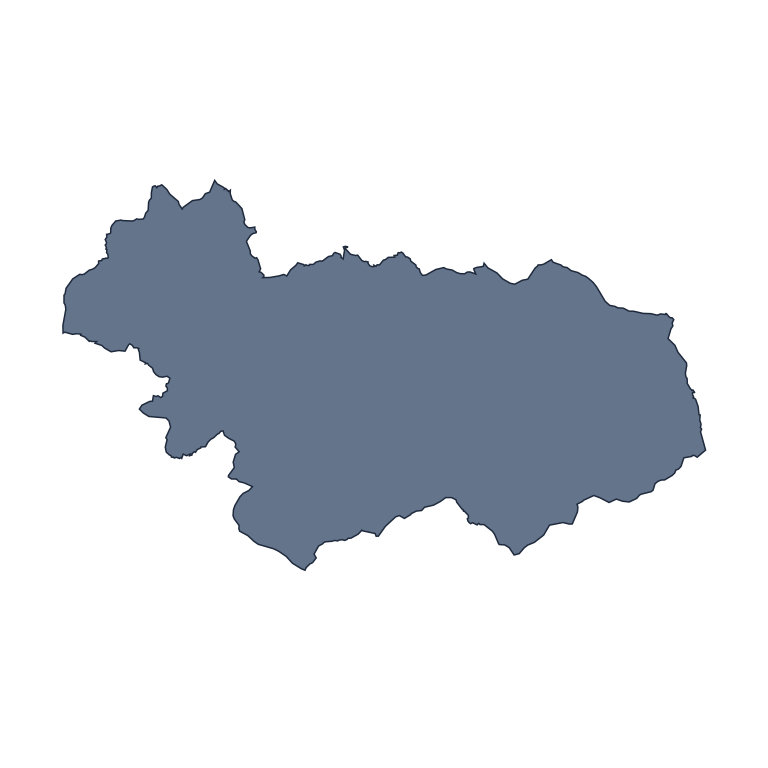 outline of Batani, Covasna, Romania, rotated 94°
{"feature_id": "2599482B35119145322325", "entity_name": "Batani", "entity_type": "district", "adm_level": 2, "iso_a3": "ROU", "parent_name": "Romania", "parent_adm1": "Covasna", "projection": "orthographic", "projection_center": [25.726, 46.103], "detail": "fine", "context": "isolated", "style": "filled", "palette": "slate", "viewbox_px": 768, "rotation_deg": 94, "n_neighbors": 0, "source": "geoboundaries", "source_scale": "gbopen_adm2", "svg_char_len": 6129}
<svg xmlns="http://www.w3.org/2000/svg" viewBox="0 0 768 768"><g transform="rotate(94 384 384)"><path d="M362.0,681.0L361.5,680.5L362.0,678.4L361.7,673.7L363.5,675.1L365.2,668.2L367.6,665.3L370.9,658.5L369.1,651.1L369.3,644.6L362.8,641.6L361.7,640.5L361.9,639.8L363.1,637.6L365.3,636.2L365.1,633.0L365.6,631.1L366.3,631.6L369.6,630.2L377.2,628.9L379.4,623.4L380.6,623.6L379.9,621.4L381.7,620.0L384.4,616.0L387.8,614.7L390.5,612.2L392.4,608.8L392.6,605.4L391.4,601.0L393.1,598.0L397.7,599.0L398.7,599.8L398.9,601.0L400.1,601.3L401.7,601.3L402.7,600.0L405.8,599.6L408.6,603.9L411.7,604.0L413.1,605.7L411.5,608.7L412.4,610.4L411.7,613.2L417.3,613.8L417.7,616.5L422.0,624.0L426.1,626.3L429.7,622.1L432.8,616.3L433.1,599.1L435.9,595.9L441.9,593.9L452.8,597.9L454.5,596.5L462.3,597.8L467.2,596.4L469.7,593.2L470.3,591.5L471.8,590.9L471.7,588.7L472.5,588.1L471.6,585.9L472.6,582.8L471.5,581.5L472.3,580.6L468.0,579.4L469.3,576.0L467.5,572.5L469.1,572.9L468.2,570.6L466.8,570.5L465.1,568.9L464.8,568.2L465.3,567.3L462.4,565.7L460.6,562.4L459.6,562.2L459.0,557.7L454.1,555.4L451.2,552.9L449.5,550.2L445.2,546.3L445.0,545.3L442.6,543.6L442.0,541.3L446.3,539.5L449.0,535.2L451.5,529.3L454.3,527.6L457.3,528.1L461.7,523.8L464.6,527.2L472.5,529.0L477.8,527.5L486.0,532.7L487.5,532.8L489.4,529.5L489.1,524.6L491.5,521.8L492.4,516.5L495.5,508.1L499.6,511.3L502.9,516.8L506.5,519.8L515.7,524.3L520.0,525.4L525.9,525.4L529.1,523.9L535.2,518.7L538.5,518.7L540.9,517.7L544.7,509.3L549.9,502.9L552.7,498.2L556.1,482.5L558.2,477.4L562.8,469.5L569.2,462.8L574.1,453.5L575.3,449.8L572.5,448.8L568.7,445.4L567.2,442.8L562.2,439.5L558.6,441.9L550.1,437.9L547.9,434.3L546.3,432.9L545.5,431.5L544.6,425.3L543.5,422.2L543.8,419.4L542.7,417.5L542.3,414.6L542.8,412.3L541.6,409.9L540.6,409.3L540.0,406.1L535.5,399.2L531.4,395.9L531.9,395.5L533.8,382.4L536.4,381.2L536.2,379.0L525.9,372.7L515.6,363.0L514.2,359.4L516.7,354.3L512.4,348.2L511.4,347.8L508.5,342.8L507.6,337.7L504.1,334.9L501.4,326.1L497.3,319.6L493.0,314.5L492.6,308.7L494.4,304.2L497.0,303.1L503.8,297.0L504.0,296.1L505.3,295.8L505.2,295.0L509.2,290.7L511.6,290.5L512.6,291.5L514.7,290.8L516.3,289.4L517.3,287.8L516.2,285.9L518.1,281.3L516.4,279.9L517.5,278.4L517.3,274.3L523.3,265.6L526.2,263.2L535.6,258.4L536.1,257.7L536.1,252.4L538.5,247.7L545.5,242.3L543.8,237.3L537.5,232.6L534.6,229.3L531.5,223.0L523.6,214.2L513.3,209.1L509.7,195.8L510.8,189.4L510.5,186.4L498.1,182.1L493.1,182.0L490.5,183.1L487.4,178.0L485.9,176.6L480.6,166.9L482.4,160.7L486.5,151.2L482.6,144.2L484.3,138.0L484.6,131.2L480.5,123.9L477.1,121.5L476.0,119.8L472.8,110.0L471.2,108.2L464.6,106.7L462.0,103.9L460.5,100.8L460.1,97.3L455.0,90.0L452.4,87.7L449.6,86.9L448.3,84.3L445.6,82.0L436.7,79.7L434.8,72.0L433.7,71.2L433.7,69.2L435.2,66.5L427.5,58.6L409.6,64.9L406.8,64.0L405.4,65.3L402.0,64.9L397.9,66.5L392.9,66.4L392.6,67.6L384.5,69.1L377.7,72.0L376.5,73.3L376.6,74.6L374.6,74.4L373.4,75.5L371.0,75.6L371.0,74.0L370.6,73.6L368.4,75.4L368.9,76.4L367.0,78.3L362.3,81.5L357.4,82.0L355.7,83.4L352.2,84.1L344.5,83.3L341.8,83.8L331.8,93.0L325.1,96.5L318.9,103.8L309.0,101.6L305.9,99.9L303.0,100.8L299.6,99.4L297.9,101.1L298.0,102.8L296.9,104.5L294.1,107.2L294.1,107.8L295.0,108.0L294.8,113.0L296.3,116.2L295.2,122.6L295.5,130.4L294.0,140.1L294.2,144.7L291.7,150.4L291.7,156.1L290.5,158.9L289.8,164.4L286.0,169.2L272.4,178.6L268.2,182.4L264.8,186.8L262.7,190.0L261.5,194.0L259.3,198.2L257.9,205.2L255.1,209.4L254.6,213.6L253.0,215.7L250.8,223.7L248.3,225.7L253.2,232.9L254.1,235.2L254.5,238.6L256.1,239.4L257.6,241.2L269.4,247.9L270.9,253.4L275.3,260.5L274.7,265.1L270.9,272.9L265.3,279.1L260.9,288.5L256.5,292.6L259.8,293.2L261.2,299.5L262.4,302.2L263.0,302.6L267.8,300.2L266.2,306.3L266.6,308.9L268.4,311.2L268.6,315.7L267.8,319.2L265.5,324.1L264.9,329.9L263.7,332.4L266.1,340.2L272.3,349.7L273.0,353.2L270.4,355.5L266.7,356.9L266.3,358.5L264.8,360.1L263.0,360.6L259.6,365.8L257.2,366.7L255.7,369.5L255.7,371.2L251.9,374.5L251.2,375.9L252.0,377.4L252.0,379.0L254.6,379.8L255.1,382.9L256.7,382.2L257.4,388.7L259.7,391.1L260.5,393.3L265.5,396.8L265.6,399.2L267.1,400.2L266.2,402.4L267.4,402.0L267.8,403.6L267.1,406.4L264.8,408.3L263.3,408.4L262.9,411.0L263.4,412.0L262.3,414.8L257.3,419.2L257.8,421.4L256.9,426.5L251.4,432.2L250.6,431.6L250.2,430.0L249.6,430.0L249.4,432.4L250.1,434.1L253.3,432.7L262.1,433.5L260.7,435.7L259.3,435.7L257.6,436.9L256.2,442.0L257.2,443.3L259.6,444.4L260.7,448.3L265.7,454.1L265.7,456.6L267.3,460.6L269.6,462.8L269.9,466.6L270.9,466.8L271.1,469.3L270.5,470.2L271.7,471.8L270.5,472.3L269.1,478.5L271.8,480.2L276.7,485.2L283.0,488.5L281.7,491.7L283.4,496.0L285.7,505.3L286.3,512.3L285.3,511.4L283.7,511.4L281.1,514.6L280.8,516.4L277.7,515.1L268.7,518.5L266.9,519.9L267.5,521.3L265.6,524.5L263.6,526.3L260.4,526.8L251.9,530.9L251.1,531.1L245.1,527.6L243.2,525.5L242.0,522.1L241.0,522.0L238.6,523.7L236.5,523.8L237.6,528.4L237.4,530.7L234.5,534.0L232.1,535.1L229.9,534.3L218.9,538.0L212.8,544.5L212.1,546.8L210.8,548.3L204.8,550.7L201.4,550.8L202.8,552.2L202.0,552.8L202.1,553.7L201.0,554.2L200.0,555.7L200.9,556.8L199.8,556.9L198.9,558.1L196.0,564.4L192.7,567.1L204.8,571.3L206.6,575.5L211.1,578.1L212.8,580.5L214.4,587.9L221.7,596.6L223.5,597.5L219.3,600.9L216.2,602.0L209.6,610.9L205.2,614.1L201.4,618.7L200.8,619.7L202.2,621.9L202.4,623.4L204.0,624.3L202.3,625.9L202.5,627.1L203.5,628.7L209.4,629.4L214.9,629.1L216.9,630.8L219.1,631.5L227.2,631.4L230.2,633.6L234.6,634.7L236.2,635.8L236.9,640.1L236.5,642.2L238.7,645.2L239.0,647.4L239.2,656.2L238.8,657.7L240.1,663.0L244.7,666.4L247.5,667.4L252.2,667.2L253.2,668.1L254.1,671.2L256.8,670.7L259.3,672.2L261.9,670.8L263.6,670.7L264.8,671.8L267.5,670.3L268.8,670.9L269.4,669.8L272.3,669.9L274.0,668.5L277.1,667.9L278.0,669.0L277.8,670.3L278.5,671.6L278.6,673.0L279.2,673.9L280.5,674.1L281.2,677.3L283.9,677.1L288.1,680.3L289.8,682.8L291.0,686.0L295.1,690.5L296.0,692.6L295.8,695.1L300.8,701.8L310.6,707.8L316.5,708.5L317.6,709.4L325.4,708.9L327.5,707.5L331.6,706.6L347.9,708.4L355.6,707.7L354.8,706.7L354.7,705.3L356.2,698.1L355.3,694.1L355.4,689.7L356.6,690.0L358.1,685.6L362.0,681.0Z" fill="#64748b" stroke="#1e293b" stroke-width="1.5"/></g></svg>